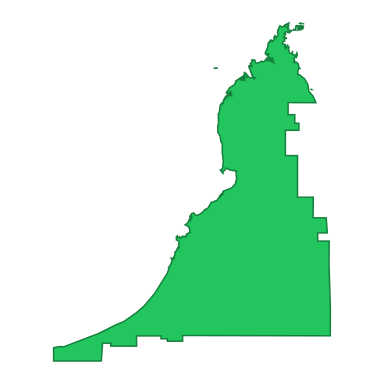 Broome, Western Australia, Australia
{"feature_id": "25037944B66848731281736", "entity_name": "Broome", "entity_type": "district", "adm_level": 2, "iso_a3": "AUS", "parent_name": "Australia", "parent_adm1": "Western Australia", "projection": "robinson", "projection_center": [122.495, -18.173], "detail": "fine", "context": "isolated", "style": "filled", "palette": "green", "viewbox_px": 384, "rotation_deg": 0, "n_neighbors": 0, "source": "geoboundaries", "source_scale": "gbopen_adm2", "svg_char_len": 5809}
<svg xmlns="http://www.w3.org/2000/svg" viewBox="0 0 384 384"><path d="M315.9,102.7L313.1,96.2L308.8,91.2L307.9,84.6L304.5,78.7L299.2,74.6L297.6,74.5L298.0,70.3L298.8,68.6L299.9,68.4L298.7,67.4L298.9,66.6L297.9,63.3L295.9,62.0L294.5,62.7L294.5,61.2L294.1,61.7L293.9,61.7L294.4,60.7L294.0,58.2L295.2,56.9L296.3,57.5L297.3,54.8L296.8,53.0L295.9,55.1L293.3,54.9L292.5,53.9L292.5,50.9L292.1,53.5L289.8,53.2L288.7,51.5L289.1,50.1L288.4,49.0L288.9,46.9L288.0,46.5L287.7,45.4L285.5,48.7L284.9,47.3L285.5,46.6L285.5,45.1L284.7,45.6L284.6,44.3L282.7,44.1L282.2,43.2L283.3,41.5L284.6,41.2L284.3,40.6L285.0,38.8L286.4,38.4L286.3,37.9L283.5,37.3L285.6,34.6L285.5,33.8L284.1,33.8L284.5,32.7L287.0,31.5L287.7,32.5L289.2,32.1L289.4,33.5L289.6,32.5L291.9,30.4L289.2,30.4L288.3,29.5L288.5,28.6L287.7,28.6L287.0,27.3L287.8,26.6L288.6,26.8L288.5,25.4L287.4,24.8L288.7,24.0L288.9,23.0L285.2,24.9L285.3,26.2L284.4,27.3L285.2,25.6L284.8,25.0L283.8,26.3L282.3,26.9L279.9,25.8L278.0,29.9L278.7,30.2L278.0,30.1L277.7,31.1L277.5,33.0L278.3,33.5L278.2,34.8L276.6,36.6L275.3,36.7L274.9,35.8L274.2,37.0L274.8,36.8L276.6,38.6L274.8,37.6L273.7,40.1L271.2,41.0L272.4,41.1L272.6,41.4L270.8,41.2L269.9,42.3L269.5,42.4L271.3,39.4L270.7,40.0L267.6,44.1L268.2,43.6L267.6,47.6L265.3,52.6L265.5,54.1L267.0,55.0L267.8,53.5L268.7,53.7L268.7,54.5L267.8,54.5L268.0,57.3L269.2,57.1L270.4,58.0L270.7,58.9L272.1,58.1L273.0,58.1L272.0,58.4L271.6,59.3L272.6,59.4L271.8,60.4L272.6,60.7L272.1,60.8L273.5,62.5L272.4,62.1L271.0,60.5L270.7,60.8L270.7,60.1L270.0,60.2L270.1,59.7L268.4,58.4L269.3,59.6L269.3,60.3L268.8,60.6L269.0,59.9L267.8,58.8L268.1,59.6L267.5,58.9L267.8,59.3L267.7,59.7L267.3,59.0L266.9,60.0L265.4,60.6L267.1,58.8L266.5,58.3L264.7,61.1L262.5,62.0L261.5,61.1L259.2,62.6L257.0,63.2L255.6,62.7L254.8,60.1L252.4,59.7L251.6,60.6L252.2,61.1L252.0,61.9L250.3,63.7L251.7,65.2L251.7,66.5L251.5,65.8L251.3,66.6L251.2,65.8L250.1,65.8L250.9,66.4L250.1,66.3L249.7,65.9L250.0,65.0L248.8,66.5L249.5,68.8L250.2,69.0L250.6,72.0L251.6,72.6L251.7,75.0L252.6,75.3L252.9,76.7L253.8,77.3L253.3,77.3L253.7,78.1L254.7,78.0L255.0,78.2L254.2,78.8L253.0,77.5L251.8,77.4L250.4,78.0L248.3,76.6L246.7,77.2L247.7,75.4L246.3,74.4L246.3,73.7L245.3,74.0L244.5,71.8L244.2,74.3L244.9,75.7L244.2,77.5L244.9,77.0L244.1,78.5L244.6,79.7L243.9,79.3L244.0,80.3L243.6,80.1L243.0,79.4L243.5,78.6L242.5,79.0L241.7,80.3L240.6,79.9L241.6,79.6L241.9,78.6L241.4,78.4L243.0,77.5L243.7,75.6L235.5,81.2L235.7,82.1L234.3,84.8L229.9,87.5L226.5,92.3L226.5,93.4L227.6,93.9L229.0,93.2L229.5,92.1L230.5,91.6L230.3,92.4L229.7,92.2L229.6,93.3L230.7,93.5L231.2,93.0L231.6,93.2L231.3,93.8L231.8,93.7L231.3,94.0L229.3,94.1L231.6,95.2L231.7,95.9L228.8,94.6L228.6,95.7L228.2,95.1L226.6,96.0L226.8,96.8L226.0,96.3L226.9,95.6L226.4,95.7L225.5,96.8L226.0,97.2L225.4,98.2L225.7,99.2L225.0,98.3L224.6,99.4L224.3,98.9L225.0,97.9L224.4,98.4L222.8,102.3L222.7,103.3L223.5,102.2L223.2,103.3L222.4,103.8L221.3,103.3L220.2,105.4L219.3,112.5L218.3,113.8L218.5,123.8L217.7,125.9L217.9,132.4L220.1,136.1L221.0,142.2L221.2,141.6L221.8,141.7L221.2,141.9L222.3,143.8L222.2,151.9L223.3,161.0L222.7,167.5L221.5,169.8L220.3,170.1L222.9,173.3L223.2,171.5L225.3,169.8L226.3,168.1L230.4,170.1L233.1,170.6L234.3,170.2L235.8,171.6L236.4,171.5L236.0,171.9L236.6,178.9L235.2,184.1L231.4,188.1L223.5,191.0L222.7,192.3L223.3,193.3L222.3,195.2L221.1,195.0L222.2,194.6L222.4,194.1L221.6,194.4L222.4,193.9L222.2,193.5L221.0,194.3L220.1,196.4L220.6,196.7L219.8,197.4L219.6,196.7L216.8,200.5L214.4,201.2L213.1,202.3L211.5,202.1L207.9,208.0L206.5,209.1L205.1,209.3L202.3,212.5L198.9,214.7L196.3,215.4L194.7,214.5L193.8,212.9L191.8,213.5L189.8,216.5L190.9,218.7L191.6,217.3L191.3,216.6L191.4,216.3L192.0,217.2L190.2,219.8L190.5,220.7L189.7,221.4L190.3,220.5L189.9,219.6L190.5,218.9L189.9,218.3L187.9,222.8L185.1,224.9L187.2,225.7L189.3,227.5L189.2,228.0L189.9,227.9L189.4,228.1L190.1,232.4L189.7,232.6L189.6,232.0L188.0,233.7L186.8,233.9L186.0,236.6L185.7,235.9L184.1,236.8L182.6,236.1L181.0,237.6L181.3,238.1L180.0,238.0L179.4,236.8L177.9,237.1L177.6,236.6L177.2,237.0L177.3,238.2L176.9,237.0L177.1,236.2L176.3,236.8L176.4,240.0L177.6,240.1L179.2,242.3L178.4,244.9L179.2,246.7L179.1,248.6L178.9,247.0L178.2,247.4L178.2,246.9L177.3,249.0L177.8,249.7L177.1,249.1L176.3,251.2L175.1,251.6L174.9,254.7L173.0,258.7L173.9,258.1L174.9,258.1L173.1,259.0L171.2,258.2L172.1,260.5L171.7,262.0L169.8,266.0L168.4,267.4L169.0,268.4L167.3,273.2L154.5,293.7L144.1,306.0L136.5,312.6L123.6,321.7L115.9,324.8L98.4,333.6L64.0,346.7L59.1,346.6L53.6,347.8L53.6,361.0L101.3,361.0L102.6,343.2L110.7,343.2L110.7,346.1L136.6,346.1L136.5,335.9L161.0,335.9L161.0,338.8L167.2,338.8L167.3,341.2L182.6,341.2L182.6,335.5L330.3,335.8L330.4,308.6L329.0,263.4L329.2,241.1L317.7,241.1L317.7,232.9L327.3,232.9L326.2,217.8L313.1,217.8L313.3,197.2L297.5,197.2L297.5,155.6L285.4,155.6L285.4,130.3L298.9,130.3L298.9,123.3L294.8,123.3L294.8,114.7L288.1,114.7L288.1,102.6L315.9,102.7ZM301.8,25.8L301.0,26.5L300.7,25.5L299.1,25.8L300.0,27.3L299.0,28.9L299.6,29.8L300.4,28.7L300.5,29.7L301.1,29.7L301.1,28.7L302.6,26.1L301.8,25.8ZM302.8,28.8L303.5,26.4L302.8,26.1L301.7,29.0L302.8,28.8ZM296.1,30.0L293.0,29.2L294.1,29.6L294.1,30.2L296.1,30.0ZM295.8,26.6L295.7,28.8L295.9,28.8L295.7,27.5L296.7,26.8L296.3,26.6L295.8,26.6ZM297.9,28.8L298.7,28.2L299.1,27.1L298.5,26.8L297.9,28.8ZM299.8,23.4L301.7,23.6L301.8,23.3L300.2,23.0L299.8,23.4ZM297.9,25.7L297.2,25.8L297.4,26.2L298.4,26.6L297.9,25.7ZM213.7,68.2L215.4,68.5L214.5,68.2L216.4,68.0L213.7,68.2ZM216.6,68.1L217.8,68.6L216.6,68.0L216.6,68.1ZM310.5,88.9L311.2,89.6L311.6,89.6L310.5,88.9ZM297.9,29.9L298.4,29.6L298.9,28.7L298.1,29.4L297.9,29.9ZM296.7,25.6L295.7,25.3L296.7,25.6ZM220.0,196.6L220.1,195.7L220.6,194.9L220.0,195.7L220.0,196.6ZM303.3,23.9L304.2,23.7L303.0,23.8L303.3,23.9Z" fill="#22c55e" stroke="#15803d" stroke-width="1.5"/></svg>